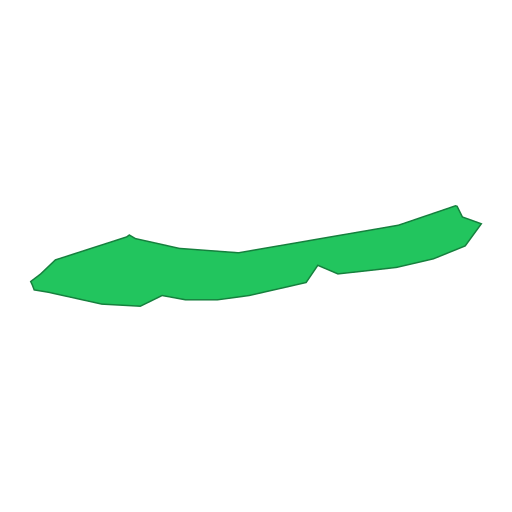 outline of Jurmala
{"feature_id": "LVA-5764", "entity_name": "Jurmala", "entity_type": "Republican City", "adm_level": 1, "iso_a3": "LVA", "parent_name": "Latvia", "parent_adm1": "", "projection": "natural_earth1", "projection_center": [23.689, 56.965], "detail": "fine", "context": "isolated", "style": "filled", "palette": "green", "viewbox_px": 512, "rotation_deg": 0, "n_neighbors": 0, "source": "natural_earth", "source_scale": "10m", "svg_char_len": 474}
<svg xmlns="http://www.w3.org/2000/svg" viewBox="0 0 512 512"><path d="M129.3,235.0L135.4,238.6L179.3,248.4L238.4,252.8L398.5,225.2L455.5,205.8L457.1,206.3L462.4,217.0L481.3,223.8L465.2,245.9L433.4,258.8L396.5,267.4L337.9,273.9L317.8,265.3L306.1,282.5L249.2,295.5L217.3,299.8L185.5,299.8L162.1,295.5L140.3,306.2L101.8,304.1L48.1,292.2L34.2,289.9L32.3,284.9L30.7,281.5L40.5,274.1L55.4,259.9L126.7,236.9L129.3,235.0Z" fill="#22c55e" stroke="#15803d" stroke-width="1.5"/></svg>